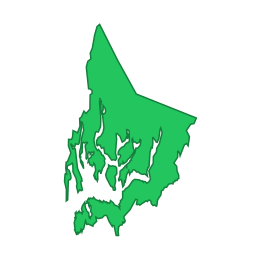 outline of Divtasvuodna smj 1, Nordland, Norway, rotated 264°
{"feature_id": "86288312B68472629952470", "entity_name": "Divtasvuodna smj 1", "entity_type": "district", "adm_level": 2, "iso_a3": "NOR", "parent_name": "Norway", "parent_adm1": "Nordland", "projection": "natural_earth1", "projection_center": [16.254, 67.97], "detail": "fine", "context": "isolated", "style": "filled", "palette": "green", "viewbox_px": 256, "rotation_deg": 264, "n_neighbors": 0, "source": "geoboundaries", "source_scale": "gbopen_adm2", "svg_char_len": 5618}
<svg xmlns="http://www.w3.org/2000/svg" viewBox="0 0 256 256"><g transform="rotate(264 128 128)"><path d="M61.9,59.0L62.8,60.5L82.2,63.2L82.9,65.4L84.5,66.1L88.2,66.0L92.3,64.8L93.1,63.5L95.3,63.3L96.9,64.1L97.8,67.3L99.0,68.7L97.7,69.3L90.0,68.7L83.3,71.1L77.9,71.5L78.5,71.9L75.6,70.7L69.1,71.5L71.6,73.6L70.5,74.9L71.1,76.2L78.2,75.4L80.0,75.8L80.0,76.7L82.6,76.7L93.0,73.6L112.4,73.4L113.2,73.1L112.9,70.9L117.5,69.4L118.0,69.8L114.5,72.4L115.8,73.6L117.7,74.0L116.9,76.7L117.7,77.7L133.4,81.8L139.1,81.9L139.0,82.6L136.9,83.4L130.5,83.7L122.3,80.6L113.6,79.0L110.0,77.6L104.6,76.8L102.3,77.4L104.0,78.0L107.2,77.3L106.4,77.9L108.6,79.9L117.5,80.9L118.4,81.5L118.3,82.4L117.6,82.8L118.3,85.1L117.8,86.1L117.2,86.0L116.0,84.0L114.0,83.5L107.6,83.9L102.3,83.1L101.6,83.4L103.0,85.1L105.8,85.2L108.2,86.2L107.8,87.4L105.7,87.6L107.8,89.1L107.3,89.9L108.0,91.4L106.2,91.5L104.9,90.4L105.4,89.5L102.7,88.1L101.2,85.5L98.1,84.7L98.7,85.5L95.1,86.5L94.9,87.8L93.7,88.3L94.8,89.2L94.9,90.3L96.4,90.4L95.3,91.1L89.4,91.5L84.5,89.0L81.9,89.7L82.6,90.2L80.3,90.4L80.5,91.3L78.4,91.9L80.2,92.7L85.6,93.0L88.6,94.3L88.9,94.9L87.7,95.5L88.8,96.1L85.2,96.1L91.2,98.8L92.9,100.4L95.1,101.3L98.4,101.1L99.6,101.9L103.3,100.5L104.2,99.0L106.3,98.6L109.7,96.4L108.8,95.4L109.7,94.7L112.7,93.4L119.4,92.8L126.8,95.1L127.7,96.1L127.1,98.1L132.3,100.9L141.1,102.0L157.2,102.4L156.5,103.6L160.9,102.9L157.3,104.3L152.0,102.8L145.5,103.2L148.3,105.1L152.9,105.6L149.8,107.3L146.6,107.5L145.1,106.6L144.4,105.1L145.4,104.5L144.5,104.0L130.8,104.1L126.6,102.8L122.9,100.2L121.5,97.4L118.5,95.3L114.3,95.2L113.6,95.5L114.7,96.7L113.8,97.3L114.0,98.4L110.6,99.5L111.1,101.8L105.2,102.3L103.7,105.1L97.8,108.3L97.9,110.2L97.2,112.2L99.1,113.7L104.3,112.9L118.0,115.5L123.3,115.5L123.8,116.5L120.5,119.2L114.5,120.8L115.8,123.5L119.8,125.9L117.2,126.4L120.9,127.3L122.5,126.9L122.1,126.4L122.5,126.2L127.3,126.6L125.4,127.1L125.7,128.5L125.1,128.8L114.8,128.0L113.5,126.8L113.6,125.6L112.4,123.9L110.1,122.1L109.6,120.1L108.1,117.9L105.7,116.0L102.6,115.3L102.2,117.5L100.7,117.9L97.0,115.0L91.2,115.0L91.1,115.9L93.2,117.5L92.8,119.1L94.8,119.6L93.2,120.4L94.8,123.2L96.5,124.2L98.8,127.4L100.2,127.5L99.4,127.8L103.7,131.5L105.2,132.0L107.1,131.2L116.3,130.8L117.0,131.5L113.4,131.9L113.5,133.5L111.7,135.3L112.7,137.7L115.4,138.8L114.7,139.6L109.8,138.4L106.9,135.6L107.2,133.8L102.8,132.4L96.6,127.7L95.5,128.0L95.3,126.6L94.0,126.2L91.4,122.4L90.4,122.9L89.1,122.6L90.5,121.9L90.4,121.0L88.8,120.2L88.9,119.6L87.1,118.1L87.3,117.6L85.8,115.6L81.3,115.0L77.8,113.2L76.5,113.6L77.7,115.4L77.2,116.1L70.0,116.7L71.2,117.9L75.6,119.1L74.8,119.7L81.5,121.7L85.5,124.3L81.6,124.8L83.5,125.9L84.0,127.5L85.8,128.5L85.8,130.0L83.2,132.1L83.5,133.5L81.4,135.3L80.3,137.9L80.5,140.0L78.0,142.3L82.3,142.0L86.4,143.5L86.2,143.9L87.5,144.9L101.7,147.4L106.2,149.2L105.6,150.0L109.9,151.1L115.8,151.5L115.9,152.1L111.0,154.7L110.7,155.6L114.7,157.7L122.9,159.6L124.6,160.6L119.9,161.5L109.1,157.5L104.9,154.5L101.0,153.7L97.0,150.2L90.2,149.4L83.1,144.2L74.7,145.0L72.5,143.4L71.0,140.8L72.9,139.6L73.1,138.2L72.5,137.7L73.9,137.0L73.7,135.9L75.2,133.9L76.2,129.3L75.2,127.3L70.6,123.4L68.6,121.1L68.1,119.5L65.9,117.6L65.4,116.0L59.2,115.4L57.5,114.4L56.7,113.0L55.0,112.8L52.8,111.0L51.5,111.8L51.4,111.2L48.9,111.3L51.0,110.0L52.9,106.5L55.2,105.5L57.7,103.0L55.1,101.9L56.0,99.7L55.6,99.4L56.7,99.0L56.4,98.2L58.3,96.0L56.4,95.0L58.2,93.2L57.5,92.6L59.0,92.2L58.5,91.6L60.2,88.2L62.8,86.5L61.4,85.4L62.3,82.8L61.1,82.0L62.1,81.4L59.2,79.3L58.5,80.0L57.4,78.7L57.9,81.2L55.3,80.7L53.5,81.3L55.0,81.7L55.2,82.4L54.0,83.2L48.8,82.1L46.2,83.5L43.5,81.9L43.7,81.3L42.0,81.0L42.8,80.1L48.0,80.0L49.5,78.4L53.5,77.3L58.8,77.3L55.8,74.8L52.8,73.4L50.3,73.6L49.4,74.5L48.8,73.4L47.6,73.3L49.3,71.7L49.0,70.7L50.4,70.6L48.3,68.3L48.4,67.3L49.8,67.5L49.0,66.6L43.4,66.9L43.2,66.3L45.3,65.7L43.0,65.9L39.1,64.6L32.2,64.8L32.2,64.3L26.9,65.9L30.1,66.5L27.3,67.3L29.4,67.6L28.8,68.4L29.3,68.8L29.1,69.4L32.1,70.7L29.4,71.3L31.7,72.2L32.1,73.2L40.1,76.1L36.4,76.9L36.6,78.6L34.0,82.8L35.6,83.4L38.5,87.1L42.8,86.7L41.0,89.1L41.4,92.9L43.4,95.3L43.5,96.7L42.9,97.8L36.8,99.5L31.8,102.0L32.8,102.5L32.2,103.9L22.4,105.0L22.0,106.9L22.3,107.5L25.5,107.3L30.7,108.4L32.1,110.0L32.3,112.1L34.9,112.9L34.6,113.6L35.5,114.0L34.1,114.1L34.5,114.8L36.0,115.5L39.7,114.5L40.7,115.0L46.5,121.5L56.3,128.2L55.6,129.7L51.1,128.4L50.8,129.0L51.0,130.4L50.1,131.6L53.6,138.3L52.8,139.7L53.9,140.6L54.1,141.8L52.8,143.1L50.3,143.3L48.3,144.8L48.5,146.9L47.3,147.8L47.6,148.5L53.6,150.0L57.8,153.6L62.2,154.8L62.7,156.5L65.1,158.1L65.0,160.2L68.0,162.6L68.2,166.0L67.7,166.9L69.5,167.5L69.8,169.0L71.0,169.4L70.7,171.3L72.1,172.0L72.4,173.2L75.7,173.5L80.1,172.3L84.8,172.4L88.3,170.0L93.9,174.4L99.6,175.0L99.4,175.8L97.5,176.6L94.9,176.9L105.4,182.3L106.4,184.5L104.0,185.9L112.9,188.2L119.4,185.8L125.2,190.7L125.5,194.1L130.8,197.0L160.9,139.8L196.3,124.8L234.0,110.6L232.2,107.9L224.1,104.6L211.2,100.9L206.4,98.3L200.6,98.3L198.5,95.0L192.9,92.9L171.1,92.9L170.8,94.6L168.9,96.2L166.2,95.8L164.9,93.8L150.8,92.1L146.9,87.9L149.4,85.9L143.8,82.9L142.6,80.9L134.8,80.4L128.6,77.3L131.2,73.1L124.8,71.9L122.6,70.7L122.9,67.7L116.4,66.9L109.2,68.6L100.8,64.3L100.4,62.9L94.4,61.9L88.7,62.1L89.3,61.5L88.8,60.6L81.7,59.3L73.2,60.3L61.9,59.0ZM83.8,100.9L80.7,101.3L72.2,104.7L71.2,105.6L71.2,106.6L67.8,107.0L67.4,108.4L68.4,109.2L72.0,108.7L76.6,110.2L81.3,109.9L83.6,112.1L89.4,112.5L91.0,111.6L92.0,108.6L91.7,106.8L93.3,104.8L90.3,104.6L90.0,103.6L83.8,100.9ZM101.9,77.5L99.4,77.2L92.2,79.7L98.3,79.4L101.9,77.5Z" fill="#22c55e" stroke="#15803d" stroke-width="1.5"/></g></svg>